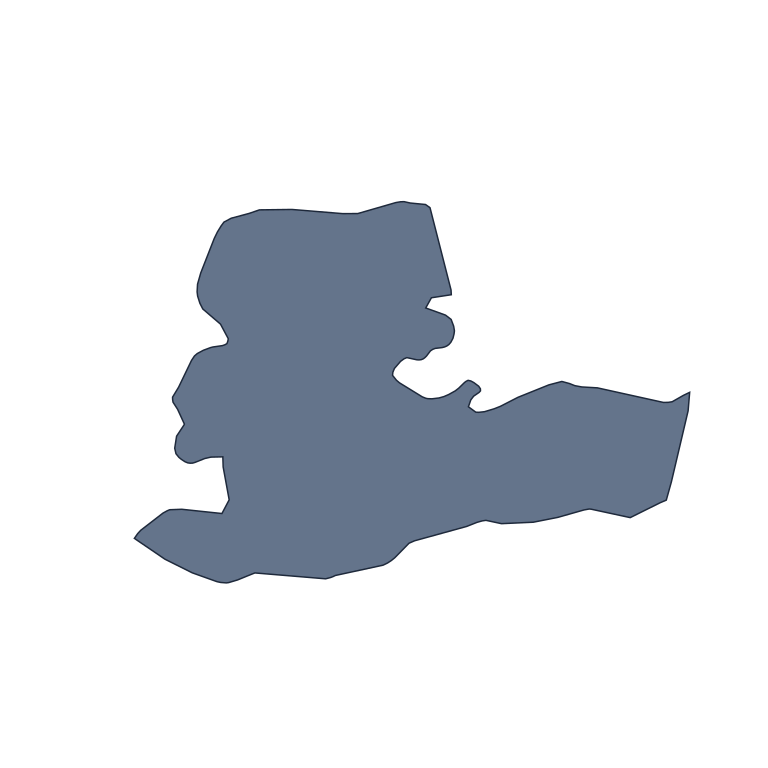 an SVG outline of Suchitepéquez, rotated 251°
{"feature_id": "GTM-1952", "entity_name": "Suchitepéquez", "entity_type": "Department", "adm_level": 1, "iso_a3": "GTM", "parent_name": "Guatemala", "parent_adm1": "", "projection": "robinson", "projection_center": [-91.398, 14.394], "detail": "fine", "context": "isolated", "style": "filled", "palette": "slate", "viewbox_px": 768, "rotation_deg": 251, "n_neighbors": 0, "source": "natural_earth", "source_scale": "10m", "svg_char_len": 2198}
<svg xmlns="http://www.w3.org/2000/svg" viewBox="0 0 768 768"><g transform="rotate(251 384 384)"><path d="M259.6,662.8L197.8,623.8L182.3,613.1L181.8,606.3L177.5,573.3L198.2,539.1L199.0,537.3L199.8,532.1L201.3,504.9L204.7,480.2L213.7,449.6L221.9,436.0L222.6,432.2L222.9,426.8L222.4,415.8L225.8,361.9L225.3,355.8L216.2,337.6L214.7,333.5L213.6,329.1L213.0,324.2L218.8,275.6L218.5,273.3L218.4,270.6L218.8,265.4L247.4,200.4L247.0,192.3L246.4,181.7L246.8,172.4L247.3,170.1L249.5,165.0L251.5,161.7L267.9,141.2L289.7,119.8L319.3,97.7L322.8,102.5L324.9,106.4L333.9,133.0L334.7,137.6L334.9,140.4L331.4,152.0L314.3,188.6L324.9,199.9L357.9,204.9L367.6,207.9L371.2,196.6L371.9,190.2L371.4,179.8L371.5,177.4L372.2,175.0L373.3,172.8L375.3,170.5L378.8,167.8L381.4,166.2L385.8,164.6L391.4,165.2L402.2,170.9L410.5,181.7L411.1,182.2L427.3,180.6L435.5,178.6L438.2,179.1L440.4,179.8L447.9,188.8L468.9,209.6L472.2,213.9L473.6,217.4L474.7,224.2L474.9,231.8L474.7,234.3L472.9,243.7L472.9,246.2L473.3,248.6L475.4,250.3L477.5,251.5L493.8,248.9L513.9,237.1L520.3,236.2L527.8,236.4L532.0,237.3L539.1,240.2L548.7,246.9L576.9,270.9L582.0,276.0L586.6,281.6L589.2,285.4L590.5,293.5L589.2,312.1L589.2,322.9L579.0,353.8L558.5,400.5L553.7,414.7L551.7,454.3L550.9,459.0L549.9,462.3L546.6,467.7L540.2,481.7L535.7,484.9L451.1,478.0L446.5,476.7L450.1,456.9L442.3,448.2L429.1,464.6L423.2,468.5L416.0,468.7L411.3,467.9L408.5,466.5L404.8,464.1L401.7,460.8L400.2,458.2L399.5,455.8L399.3,453.4L399.5,450.9L401.0,444.0L400.9,441.4L400.2,438.7L396.6,433.3L395.6,431.2L395.0,429.3L394.9,427.0L395.4,424.9L396.2,422.9L401.5,414.2L401.3,411.1L400.0,407.0L395.3,398.9L392.2,396.2L389.4,394.9L383.5,397.0L380.1,399.0L359.4,416.0L356.9,418.9L355.9,420.6L354.4,424.5L352.9,431.4L352.6,436.6L353.0,441.8L354.3,449.1L355.7,453.2L359.2,460.6L359.8,462.5L360.1,464.7L358.6,467.1L356.1,469.4L351.1,472.8L348.1,473.6L346.1,473.0L345.1,471.2L343.3,464.8L340.7,460.9L335.0,456.4L327.5,461.6L326.4,464.3L325.1,470.0L324.7,480.1L325.0,486.7L327.8,506.3L329.5,539.6L328.5,553.0L324.0,559.6L320.3,563.9L316.8,570.1L310.9,584.5L275.6,642.2L274.1,646.8L273.4,650.7L275.8,663.5L276.6,670.3L259.6,662.8Z" fill="#64748b" stroke="#1e293b" stroke-width="1.5"/></g></svg>